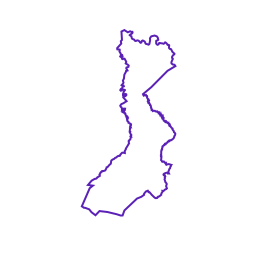 outline of San Joaquín, Querétaro, Mexico, rotated 312°
{"feature_id": "50627088B97826300633000", "entity_name": "San Joaquín", "entity_type": "district", "adm_level": 2, "iso_a3": "MEX", "parent_name": "Mexico", "parent_adm1": "Querétaro", "projection": "albers", "projection_center": [-99.468, 20.999], "detail": "fine", "context": "isolated", "style": "outline", "palette": "violet", "viewbox_px": 256, "rotation_deg": 312, "n_neighbors": 0, "source": "geoboundaries", "source_scale": "gbopen_adm2", "svg_char_len": 5955}
<svg xmlns="http://www.w3.org/2000/svg" viewBox="0 0 256 256"><g transform="rotate(312 128 128)"><path d="M202.4,66.9L201.7,66.3L201.3,64.9L199.0,63.8L198.3,59.7L195.3,58.6L189.4,64.6L187.7,64.6L186.2,66.5L180.1,66.5L179.3,67.4L180.7,69.3L180.5,69.7L179.1,70.5L178.6,72.3L178.2,72.9L178.1,73.7L178.4,74.8L177.7,75.8L176.7,74.2L175.9,74.4L176.1,76.5L175.4,77.3L175.7,78.1L176.6,78.3L177.2,79.1L176.0,82.5L174.4,83.1L174.9,85.3L174.9,86.7L173.7,87.4L171.9,86.4L171.0,87.0L170.6,88.8L170.4,89.2L169.0,88.4L168.6,88.8L165.2,89.6L162.0,91.9L159.8,92.5L158.7,94.3L157.7,94.6L155.5,94.6L155.6,95.6L156.5,96.5L156.2,97.0L155.3,96.4L153.8,97.0L152.1,96.6L151.0,96.9L150.9,97.7L151.7,98.2L152.5,98.2L153.4,98.7L154.2,100.2L154.1,100.4L152.2,100.5L150.9,101.2L149.9,101.5L149.3,102.1L151.5,103.2L151.9,104.1L151.5,104.7L150.8,104.8L149.9,104.7L148.2,103.6L147.6,103.9L147.0,109.0L143.3,108.0L141.4,107.1L139.9,107.2L139.4,107.3L138.9,108.4L139.0,109.4L138.6,110.2L137.1,111.6L137.0,112.1L138.7,112.3L139.5,111.9L139.8,112.1L140.4,112.9L138.9,113.8L138.5,113.7L137.1,113.9L136.3,113.4L136.5,114.6L137.0,115.0L136.9,115.8L137.1,116.1L137.0,116.4L136.4,116.7L135.9,118.2L136.1,118.7L136.1,119.3L135.6,119.1L135.6,120.4L135.1,120.2L135.1,120.9L134.5,120.6L134.0,121.2L134.2,121.7L133.2,122.2L132.8,122.8L132.9,124.2L132.2,124.8L132.8,127.0L132.8,127.8L132.3,128.1L131.9,127.8L131.5,128.1L131.7,128.5L130.7,128.9L130.4,129.5L130.1,129.0L129.6,129.5L129.2,129.5L128.9,130.0L126.7,131.4L126.8,132.1L126.5,132.2L126.2,132.1L125.9,132.3L125.9,132.8L125.4,133.6L125.1,135.1L124.6,135.4L124.3,135.1L123.6,135.6L123.5,136.2L123.1,135.9L122.9,136.4L120.9,137.4L120.3,137.1L118.7,137.2L118.5,137.8L117.4,138.6L117.2,139.1L111.2,140.2L110.8,140.6L108.7,141.0L107.3,142.4L106.4,140.8L105.7,140.2L104.1,140.1L103.6,140.2L103.2,140.1L102.3,140.5L101.7,140.5L101.5,140.0L100.1,139.2L97.9,138.9L97.2,138.4L95.9,138.4L94.1,137.6L92.7,137.4L92.2,137.6L90.0,139.1L87.1,138.8L86.3,139.0L85.3,138.9L84.5,138.4L84.1,138.7L81.3,139.5L79.8,138.7L79.1,137.9L78.6,137.6L78.4,137.9L77.3,137.4L76.8,137.6L76.3,137.4L75.5,137.8L74.4,137.9L74.2,138.4L73.6,139.1L70.6,138.2L69.8,138.4L68.8,138.1L67.9,137.3L64.5,136.2L58.9,136.4L61.7,140.5L57.7,139.8L38.9,146.1L39.3,148.8L39.9,149.3L41.6,153.6L41.0,157.2L41.4,162.2L47.2,162.4L51.8,168.9L56.3,177.2L58.1,181.2L59.4,182.5L64.3,180.5L81.6,181.9L85.7,183.9L89.1,184.7L89.5,184.1L90.3,183.9L92.9,183.8L94.7,184.7L94.5,185.4L94.2,185.4L94.1,186.3L94.7,186.9L94.2,190.7L94.1,194.5L94.4,195.5L94.9,196.0L95.6,196.5L96.1,196.2L97.2,196.4L97.3,196.7L98.3,197.0L100.5,197.4L100.7,197.1L102.1,196.5L103.1,196.5L103.8,196.2L104.3,195.6L104.9,196.5L107.4,196.8L108.2,197.3L109.2,197.3L110.3,195.2L112.3,194.3L112.6,193.6L112.9,191.7L113.2,191.5L114.2,189.6L115.2,189.2L115.5,188.6L116.9,188.2L117.1,187.7L116.9,187.4L116.9,187.0L117.3,186.9L116.9,186.0L117.3,185.4L118.2,185.4L119.8,186.1L121.1,187.0L121.4,187.9L121.0,188.2L121.6,188.9L122.1,187.6L123.3,186.9L125.5,186.1L126.1,186.2L127.4,185.5L128.3,185.4L128.9,184.9L129.6,184.9L128.5,182.5L127.1,181.3L126.5,181.3L126.4,181.0L126.7,180.9L126.7,179.8L127.6,179.4L126.8,178.3L127.1,177.0L125.9,176.2L125.8,175.7L126.3,174.8L126.3,174.0L128.4,172.6L128.7,171.9L129.1,171.8L129.0,171.5L129.2,171.1L130.1,170.9L130.4,170.2L131.0,170.0L133.0,168.2L133.7,168.1L133.9,167.7L134.4,167.5L135.0,167.6L135.5,167.0L136.6,166.7L136.8,166.3L137.5,165.9L138.7,166.2L139.1,166.1L139.3,166.4L139.5,166.5L140.2,166.2L140.4,166.4L141.1,166.0L141.5,166.2L141.5,166.8L142.2,166.7L143.5,167.0L144.2,166.7L144.5,167.0L145.4,166.8L146.4,167.0L146.5,167.1L146.3,167.6L147.1,167.6L147.5,168.1L148.0,168.1L148.2,168.4L150.7,168.8L151.5,168.6L151.9,168.3L152.5,168.3L153.2,167.8L154.3,167.7L155.4,167.0L155.8,165.8L155.6,165.1L156.5,163.6L156.5,162.9L156.8,161.8L157.4,161.5L157.3,159.8L157.6,158.9L157.4,157.9L157.9,157.9L158.0,157.5L157.8,157.0L158.3,156.8L158.1,156.3L158.7,156.0L158.4,155.3L158.7,154.9L158.4,154.5L158.8,154.3L158.3,153.8L158.5,153.1L158.1,152.2L157.6,152.3L157.5,152.1L158.2,151.6L157.7,151.3L158.0,150.8L157.5,150.5L157.4,149.6L157.9,149.0L157.9,148.5L158.8,148.1L158.8,147.5L159.4,147.4L159.3,146.9L159.7,146.4L158.7,146.6L158.3,146.6L158.7,145.7L159.1,145.9L159.7,144.4L160.2,144.5L160.3,144.2L159.8,143.9L160.1,143.4L159.3,143.8L159.0,143.6L159.5,143.0L159.4,142.4L159.5,142.2L159.9,142.3L159.9,141.5L160.2,141.0L159.7,140.8L160.3,140.2L159.6,139.5L159.5,139.1L159.9,138.6L158.7,137.3L158.8,136.6L157.9,135.4L157.2,135.1L157.7,133.8L157.2,133.5L158.0,132.7L158.1,132.1L158.7,131.6L158.8,131.0L159.3,130.7L159.9,129.8L159.7,129.1L160.3,128.7L160.5,127.8L160.2,127.1L160.3,126.7L160.7,126.6L160.4,126.0L161.0,125.7L161.1,125.1L161.9,125.5L162.4,125.3L162.1,124.3L162.4,123.9L162.8,124.3L163.0,124.2L163.0,122.6L163.5,121.6L164.0,121.4L164.5,120.7L164.1,119.9L164.5,119.3L163.9,119.0L163.8,118.4L163.5,118.1L163.2,117.9L162.6,118.0L162.6,117.8L162.9,117.0L163.2,116.9L163.3,116.5L173.9,118.0L196.9,119.1L205.7,121.8L206.1,120.3L205.8,119.6L205.3,119.1L205.1,118.3L205.1,117.2L205.3,116.8L206.2,116.1L209.3,115.1L209.5,114.9L209.6,113.8L210.5,113.1L212.1,112.8L213.8,113.1L214.3,112.8L214.3,110.1L215.3,107.5L215.3,106.9L214.8,106.2L214.8,105.3L215.4,104.4L216.8,103.5L217.1,102.8L217.0,102.5L216.4,102.1L216.3,101.6L216.7,100.3L216.7,98.8L216.5,98.3L215.0,98.3L214.4,98.1L213.8,96.8L213.3,96.2L212.3,94.5L211.9,94.3L210.8,94.7L209.7,94.4L209.5,94.0L209.5,93.1L209.8,92.2L210.6,91.6L211.5,90.7L211.9,90.7L213.0,91.3L213.7,91.5L214.0,91.3L215.1,89.6L215.4,88.1L214.5,85.9L211.7,84.0L210.2,84.1L209.2,84.4L208.3,85.5L204.9,87.6L204.3,87.7L203.5,87.3L203.4,86.6L202.5,85.0L202.6,84.2L203.2,83.4L203.4,82.3L203.0,80.6L202.8,80.3L201.9,80.1L200.5,80.7L199.8,80.4L199.7,79.7L200.0,78.6L199.9,77.3L199.5,76.5L198.9,76.0L197.9,75.6L197.6,75.1L197.5,74.6L197.8,73.5L197.1,71.4L197.4,70.5L198.4,69.3L198.2,67.9L198.2,67.1L198.6,67.1L201.2,67.8L202.0,67.5L202.4,66.9Z" fill="none" stroke="#5b21b6" stroke-width="2"/></g></svg>